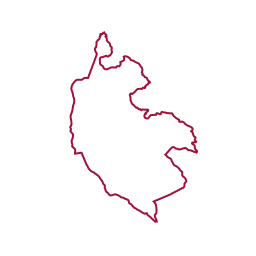 the district of Cabanas, La Paz, Honduras, rotated 336°
{"feature_id": "27666195B79825163063269", "entity_name": "Cabanas", "entity_type": "district", "adm_level": 2, "iso_a3": "HND", "parent_name": "Honduras", "parent_adm1": "La Paz", "projection": "natural_earth1", "projection_center": [-88.001, 13.995], "detail": "fine", "context": "isolated", "style": "outline", "palette": "rose", "viewbox_px": 256, "rotation_deg": 336, "n_neighbors": 0, "source": "geoboundaries", "source_scale": "gbopen_adm2", "svg_char_len": 5847}
<svg xmlns="http://www.w3.org/2000/svg" viewBox="0 0 256 256"><g transform="rotate(336 128 128)"><path d="M145.3,31.1L144.9,31.1L144.1,30.9L143.2,31.6L142.6,31.7L142.3,31.6L141.7,31.1L141.2,31.0L140.8,31.7L140.6,32.5L140.3,32.6L140.0,32.3L139.9,32.4L139.4,33.0L139.0,34.0L138.3,34.5L137.9,35.1L135.8,35.6L134.8,36.4L134.1,36.7L133.1,39.2L132.5,39.9L132.0,40.8L131.7,41.2L131.1,41.3L130.6,41.7L130.0,42.3L129.7,43.0L129.5,43.8L129.5,45.5L129.7,46.6L129.5,47.7L129.3,48.2L111.9,66.0L109.6,65.0L108.5,64.7L107.6,64.7L105.6,65.1L104.9,65.0L102.9,64.0L101.2,63.3L100.6,63.2L99.2,63.5L97.2,64.3L95.1,65.6L93.6,67.0L92.1,69.2L91.6,73.7L90.8,77.4L90.7,79.0L89.9,81.7L89.4,82.4L88.7,83.4L86.5,85.8L85.1,88.2L83.8,90.0L82.0,92.0L80.7,93.2L79.8,95.2L79.1,98.3L78.0,101.5L77.7,102.0L77.2,102.3L76.9,102.8L76.1,103.2L75.5,103.9L75.5,105.6L75.3,106.2L75.1,106.5L74.5,106.8L74.2,107.2L74.2,108.1L75.1,110.9L75.1,111.5L74.9,112.1L73.6,114.4L71.6,116.4L71.1,117.2L70.7,118.4L70.6,119.8L70.4,120.6L70.1,121.2L69.7,121.6L69.5,122.0L69.6,122.3L69.9,122.5L69.9,123.3L70.8,125.1L71.0,125.8L70.6,127.3L70.3,127.9L69.7,128.6L69.2,129.9L75.5,131.7L75.2,145.0L75.5,145.6L75.5,148.6L76.0,150.5L76.7,152.3L77.2,153.1L78.9,155.0L79.2,155.7L81.1,159.0L81.8,160.9L82.0,162.0L82.1,163.2L82.7,165.6L82.8,167.4L82.7,168.9L83.5,171.1L82.4,173.1L82.5,174.1L82.2,175.5L82.1,176.5L82.4,177.7L83.1,179.0L83.8,181.6L84.3,182.3L85.2,182.7L87.0,183.1L89.1,183.2L89.5,183.4L92.1,186.0L93.1,187.5L93.7,188.7L95.8,190.1L96.2,191.2L97.2,191.9L98.7,193.7L98.9,194.1L99.0,194.4L98.9,195.5L98.5,196.6L98.6,197.3L98.9,197.9L99.5,198.3L99.8,198.8L100.1,199.6L100.2,200.7L100.7,201.7L101.1,203.0L101.5,203.8L102.3,204.4L103.0,205.9L104.0,207.2L105.0,208.2L106.8,211.2L107.9,212.6L108.8,213.3L110.1,213.3L110.5,213.5L110.6,213.8L110.5,215.5L112.0,218.1L113.9,222.7L114.3,223.3L114.5,224.1L114.7,224.5L115.1,224.8L115.8,224.8L116.2,225.1L116.5,224.1L116.5,220.9L116.6,219.6L116.9,218.8L117.3,218.3L118.9,217.5L119.5,217.0L120.4,215.2L121.9,211.3L122.2,209.9L122.2,208.2L122.0,206.7L121.6,205.6L139.8,205.9L141.5,205.7L149.2,205.3L152.5,205.0L154.1,205.0L154.9,204.8L155.7,204.3L157.1,201.7L159.6,200.4L159.9,199.2L159.8,197.2L159.5,196.3L158.5,194.5L158.4,193.4L158.4,192.9L158.7,192.2L159.5,190.7L159.6,190.1L158.7,188.3L158.5,187.5L158.3,187.2L158.3,186.5L158.1,185.6L157.8,184.8L156.7,182.7L156.1,181.9L155.4,181.3L154.9,180.3L154.6,176.4L154.6,175.6L154.7,174.4L154.6,173.7L154.0,172.7L153.0,171.6L152.1,170.0L151.9,168.8L151.3,167.6L159.2,164.0L160.6,163.7L161.5,163.8L162.0,164.0L162.4,164.6L162.7,165.1L163.0,165.8L163.3,166.3L164.5,166.9L165.8,168.4L167.3,168.7L168.0,169.0L169.2,169.1L170.0,169.0L170.6,169.2L171.8,169.4L172.5,169.8L173.0,170.5L173.5,171.4L173.9,172.4L174.1,172.8L174.4,173.0L175.6,173.5L175.9,173.9L176.5,174.2L177.5,175.4L178.2,175.9L178.5,176.5L178.9,176.9L180.0,177.1L180.3,177.3L180.3,177.7L180.4,177.9L180.5,178.3L180.9,178.3L181.2,178.0L181.6,177.1L181.6,176.2L180.9,174.8L180.8,174.3L181.0,173.2L181.5,172.5L181.6,171.0L181.3,170.1L180.3,168.7L180.2,168.4L180.3,168.0L180.6,167.6L181.1,167.5L181.6,167.6L183.4,168.4L184.1,168.5L184.6,168.3L184.8,168.2L184.8,167.9L184.2,166.8L184.2,165.9L184.5,165.5L185.5,164.7L185.8,164.1L185.8,163.9L185.1,162.9L184.9,162.4L184.8,160.7L185.2,158.4L184.5,157.2L184.4,156.7L184.6,156.4L185.8,156.3L186.4,155.7L186.8,154.8L186.5,153.7L185.9,152.6L184.0,150.7L182.8,149.1L181.9,147.6L181.4,145.8L180.9,145.1L180.4,144.5L179.6,144.0L177.9,143.5L177.5,143.2L177.4,142.7L178.0,141.8L178.0,141.3L176.1,138.7L174.6,135.6L174.5,135.0L174.3,132.9L174.1,132.4L172.8,132.0L172.3,131.6L169.5,130.1L168.1,128.8L167.1,128.3L165.4,127.1L164.9,127.3L163.8,128.4L163.3,128.6L162.8,128.4L162.0,127.5L161.4,127.1L160.5,126.2L160.2,126.2L159.8,126.3L159.1,127.3L154.0,125.5L151.4,126.8L150.2,127.3L149.5,127.2L148.8,126.8L148.0,126.1L147.7,125.2L147.7,124.0L148.1,123.3L148.8,122.5L148.9,122.2L149.1,122.1L149.5,122.0L150.2,122.2L150.4,121.6L150.3,121.4L150.5,121.2L151.2,121.3L151.8,121.0L153.3,120.5L153.7,120.1L153.6,119.4L153.4,119.1L152.2,118.9L151.4,118.3L149.3,117.3L148.8,116.9L147.9,117.1L147.3,117.1L146.8,115.7L145.8,115.5L145.3,115.0L144.9,113.2L144.7,113.1L144.0,113.0L143.7,112.7L143.2,111.5L142.8,110.0L141.5,107.5L141.6,103.8L142.7,101.2L143.0,98.8L143.3,98.3L143.9,97.8L144.5,97.7L145.1,97.8L145.5,98.6L146.0,98.6L147.2,98.2L148.1,98.1L150.6,97.0L152.1,96.4L152.7,96.4L153.5,96.5L154.0,96.8L155.2,97.1L156.2,97.8L157.0,97.9L158.1,97.3L159.4,98.2L159.8,98.3L160.2,98.1L160.3,97.3L160.5,97.0L161.2,96.9L161.9,96.4L162.7,96.2L163.3,96.1L164.0,96.2L164.5,95.6L165.0,95.2L165.7,95.5L166.4,95.5L166.5,95.3L166.7,94.8L166.5,94.3L165.9,93.6L165.9,93.2L165.5,92.0L165.4,91.6L165.6,90.4L165.4,89.7L165.1,89.2L164.1,88.5L163.8,86.7L163.0,85.6L162.8,85.2L162.9,84.8L163.4,84.4L163.5,84.1L163.2,83.1L163.3,82.7L164.8,80.9L165.0,80.3L165.1,78.3L164.6,76.5L164.5,75.5L164.0,73.4L161.5,70.6L160.3,68.7L158.2,67.1L158.1,66.7L158.1,65.4L156.8,63.0L156.3,62.7L155.8,62.0L154.6,61.3L153.7,61.1L153.1,61.1L152.6,63.4L151.8,64.4L150.5,64.5L149.6,64.8L147.8,64.6L147.7,64.8L147.3,66.5L147.1,66.8L146.1,67.7L145.2,68.1L143.4,67.1L141.9,67.8L141.4,67.7L140.3,67.3L139.4,66.6L136.7,65.7L134.5,65.9L132.6,65.8L131.3,65.2L130.6,64.4L130.3,63.8L130.2,63.1L130.1,61.2L128.9,59.2L128.5,57.8L129.4,56.3L129.8,54.6L130.5,53.4L130.9,52.9L131.5,52.5L131.9,52.4L132.7,52.6L133.6,53.0L134.8,52.9L135.7,53.1L137.1,53.1L137.5,53.2L138.0,54.0L138.3,54.4L138.7,54.5L139.5,54.5L140.0,54.2L140.5,54.4L141.3,54.3L143.2,53.2L144.4,51.9L144.5,50.7L144.7,49.9L145.0,49.3L145.7,48.5L145.9,47.8L145.8,47.2L145.3,46.4L145.2,45.9L145.3,45.2L145.7,44.0L145.6,42.8L145.2,41.9L144.5,40.8L144.4,39.4L144.5,38.9L144.8,38.1L145.0,37.4L144.7,35.1L145.0,35.0L145.7,35.3L146.0,34.1L145.8,33.6L145.1,32.1L145.1,31.5L145.3,31.2L145.3,31.1Z" fill="none" stroke="#9f1239" stroke-width="2"/></g></svg>